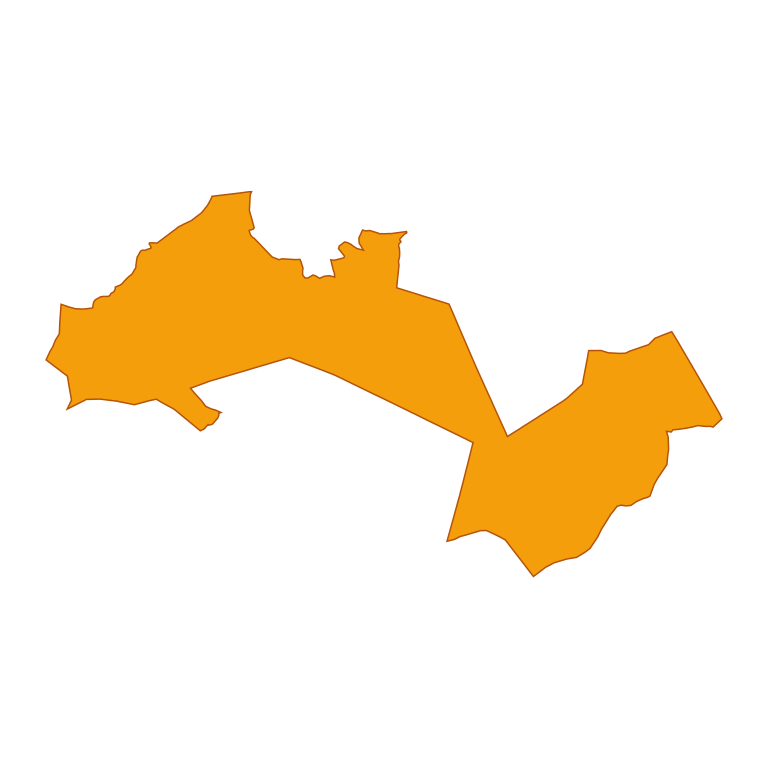 Tlilapan, Veracruz, Mexico
{"feature_id": "50627088B86666193440350", "entity_name": "Tlilapan", "entity_type": "district", "adm_level": 2, "iso_a3": "MEX", "parent_name": "Mexico", "parent_adm1": "Veracruz", "projection": "orthographic", "projection_center": [-97.081, 18.793], "detail": "fine", "context": "isolated", "style": "filled", "palette": "amber", "viewbox_px": 768, "rotation_deg": 0, "n_neighbors": 0, "source": "geoboundaries", "source_scale": "gbopen_adm2", "svg_char_len": 5058}
<svg xmlns="http://www.w3.org/2000/svg" viewBox="0 0 768 768"><path d="M671.7,331.7L662.3,335.3L657.1,337.4L655.2,338.1L650.2,343.0L648.6,344.7L644.3,346.1L636.3,348.9L629.8,351.1L625.5,353.2L619.3,353.4L619.2,353.4L608.3,352.8L601.0,350.5L588.7,350.6L587.0,360.1L585.4,368.5L582.4,384.2L580.4,386.1L578.0,388.2L567.9,397.4L563.0,401.1L540.7,415.3L536.3,418.2L526.5,424.4L523.3,426.4L518.9,429.3L507.4,436.5L503.6,427.9L502.5,425.5L501.8,424.1L495.7,410.5L491.0,400.0L488.0,393.4L480.8,377.5L478.6,372.6L476.1,367.0L472.7,359.2L465.5,342.4L460.1,329.9L454.2,316.0L449.0,304.1L444.9,302.8L430.5,298.3L422.6,295.9L418.3,294.5L396.7,287.8L397.6,278.3L398.4,270.9L398.7,267.8L398.8,267.2L399.0,264.7L398.8,263.7L398.5,262.4L398.7,260.1L399.5,257.3L399.6,255.0L399.7,253.0L399.4,248.8L399.4,248.2L399.2,247.8L398.9,247.0L398.7,246.3L398.8,244.7L399.0,243.8L399.3,243.4L400.3,242.6L400.9,241.9L400.7,241.1L400.2,240.6L399.8,240.1L399.7,239.7L399.7,239.3L400.0,238.9L400.3,238.6L400.7,238.1L401.1,237.6L401.6,237.0L402.5,236.1L403.1,235.5L404.2,234.4L405.4,233.7L406.5,233.1L406.8,232.3L406.5,231.5L390.5,233.7L390.1,233.5L384.0,233.8L381.2,233.6L380.2,234.0L378.2,233.1L369.7,230.5L365.6,230.9L362.6,230.0L358.9,237.9L359.2,243.2L363.4,250.1L357.1,248.6L353.4,246.3L351.2,244.5L347.5,242.6L344.5,242.0L339.2,246.1L338.5,248.7L344.5,256.1L343.9,257.8L334.2,260.3L330.8,259.8L333.2,269.8L333.3,270.2L334.3,272.6L334.7,277.1L329.5,275.7L324.4,276.2L319.6,278.3L315.7,275.9L313.0,275.0L307.7,278.1L305.0,277.9L302.7,275.1L302.6,270.9L303.0,268.2L300.9,261.5L300.0,259.4L295.6,259.6L281.8,258.8L279.0,259.7L272.1,257.0L254.2,238.3L252.4,237.3L250.3,234.6L249.1,230.5L253.2,229.1L253.7,228.5L254.2,227.8L253.2,224.1L253.0,223.6L251.9,219.4L251.3,217.2L250.6,215.0L249.4,210.7L249.4,209.7L249.5,207.7L249.7,204.4L249.9,200.4L250.2,194.9L250.6,194.0L251.0,193.0L251.5,191.7L250.1,191.7L249.8,191.7L246.4,192.1L239.8,193.0L212.0,196.3L211.7,197.4L210.2,200.4L208.6,203.5L207.1,205.9L205.3,208.1L203.3,210.7L200.9,213.4L199.4,214.4L199.1,214.7L196.0,217.0L195.8,217.1L194.5,218.2L193.1,219.2L192.1,220.1L191.8,220.3L188.1,222.2L183.4,224.3L182.0,225.2L178.7,226.7L175.1,229.6L173.0,231.1L169.7,233.6L163.9,238.0L157.0,243.1L152.6,242.8L149.8,242.8L149.2,243.3L149.4,244.5L150.5,245.7L151.0,247.7L150.8,248.2L144.4,250.4L142.5,250.1L140.6,251.1L139.6,252.8L138.5,254.9L137.8,256.1L137.3,256.8L136.5,260.8L136.3,262.8L136.1,264.1L135.9,265.3L135.9,267.4L134.5,269.8L133.9,270.8L132.0,274.1L128.8,276.6L126.8,278.5L125.5,279.9L124.3,281.1L122.9,282.8L121.8,284.0L119.7,285.3L115.3,287.1L115.2,289.0L114.5,290.5L113.8,291.9L112.0,292.8L110.8,293.6L109.8,295.5L108.5,296.3L107.1,296.4L103.7,296.4L100.7,296.8L98.8,297.8L95.6,299.6L93.9,301.6L93.2,304.0L92.7,307.8L92.3,308.0L84.4,309.0L81.0,309.0L80.1,308.9L75.6,308.8L69.3,307.1L61.1,304.3L59.8,322.5L59.3,333.9L55.4,340.2L53.1,345.9L52.7,346.9L49.8,351.8L46.1,359.9L63.7,373.3L67.4,376.1L69.3,387.6L71.5,400.1L67.2,409.1L69.6,407.9L85.3,400.0L86.4,399.4L92.3,399.3L94.8,399.2L99.9,399.1L103.3,399.5L111.3,400.5L117.3,401.2L119.8,401.8L125.0,402.8L134.3,404.7L143.8,402.2L148.4,400.9L153.9,399.7L156.3,399.2L161.8,402.5L169.2,406.5L171.8,407.9L174.4,409.4L185.4,418.5L200.3,430.8L204.1,429.0L207.4,425.3L207.8,424.9L208.0,424.6L208.6,425.2L212.0,424.4L213.0,423.6L213.8,422.6L217.8,418.0L218.8,415.3L218.8,413.1L219.9,412.9L220.6,412.6L220.9,412.5L215.4,410.0L211.2,408.9L205.8,406.4L203.3,403.1L201.1,400.3L196.6,395.4L194.0,392.5L190.5,388.2L195.7,386.3L210.2,381.0L224.8,376.7L234.3,373.9L236.7,373.2L251.8,368.7L258.5,366.7L267.0,364.2L273.7,362.2L280.7,360.2L286.6,358.4L289.4,357.6L303.9,363.2L316.8,368.1L332.1,374.0L334.7,375.1L345.1,380.1L351.0,383.0L354.0,384.5L356.2,385.5L358.4,386.6L366.6,390.6L371.3,392.9L375.9,395.1L381.8,397.9L388.1,401.0L393.5,403.6L400.0,406.8L403.1,408.3L407.4,410.4L412.0,412.7L412.5,412.9L416.2,414.7L421.8,417.5L427.7,420.4L433.4,423.2L438.8,425.8L442.5,427.6L445.2,428.9L451.2,431.9L451.5,432.0L458.9,435.6L470.2,441.2L472.7,442.4L473.1,442.6L472.8,443.5L468.8,459.4L468.3,461.6L466.1,470.0L465.2,473.8L462.1,485.9L461.8,487.1L460.4,492.4L460.0,494.1L457.5,503.1L457.2,504.3L454.0,516.0L447.0,541.3L454.5,539.4L460.2,536.5L465.9,535.0L480.2,530.7L486.4,530.5L495.2,534.6L501.3,537.7L505.4,540.0L509.9,545.9L523.8,563.9L533.4,576.5L542.2,569.9L545.2,567.5L554.3,562.7L562.2,560.4L566.8,559.0L571.6,558.2L576.5,557.4L577.0,557.1L585.2,552.1L590.1,548.3L597.6,537.1L601.3,529.5L602.6,527.3L603.0,526.8L607.9,518.9L608.4,518.1L610.7,514.4L612.2,512.6L617.1,506.3L619.7,505.6L620.9,505.2L626.3,505.9L630.9,505.4L636.4,501.6L638.6,500.6L643.2,498.6L647.4,497.4L650.0,496.0L654.2,484.4L657.8,478.0L658.4,477.2L662.7,470.8L663.8,469.2L666.8,464.7L667.0,463.5L667.7,455.6L667.9,454.2L668.4,450.5L668.6,449.0L668.5,446.1L668.3,441.1L668.2,437.3L666.5,431.3L671.2,432.0L672.9,429.9L677.8,429.4L685.8,428.3L692.8,426.9L697.9,425.6L705.5,426.4L710.6,426.4L713.1,427.1L721.9,418.8L719.7,413.9L702.3,383.6L677.5,341.1L673.9,335.2L671.7,331.7Z" fill="#f59e0b" stroke="#b45309" stroke-width="1.5"/></svg>